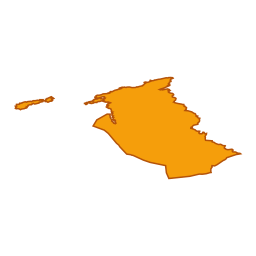 Agdenes nor, Sør-Trøndelag, Norway
{"feature_id": "86288312B44051007085093", "entity_name": "Agdenes nor", "entity_type": "district", "adm_level": 2, "iso_a3": "NOR", "parent_name": "Norway", "parent_adm1": "Sør-Trøndelag", "projection": "equal_earth", "projection_center": [9.612, 63.516], "detail": "fine", "context": "isolated", "style": "filled", "palette": "amber", "viewbox_px": 256, "rotation_deg": 0, "n_neighbors": 0, "source": "geoboundaries", "source_scale": "gbopen_adm2", "svg_char_len": 5766}
<svg xmlns="http://www.w3.org/2000/svg" viewBox="0 0 256 256"><path d="M240.6,153.8L240.1,153.4L238.7,153.2L237.1,153.2L236.9,153.0L237.1,152.8L235.6,152.0L232.8,151.9L232.2,151.0L232.6,150.8L233.1,150.1L232.0,149.2L227.9,149.7L226.0,149.3L225.4,148.6L224.8,148.5L224.3,148.1L224.4,147.4L225.3,145.8L225.2,145.7L223.1,145.6L220.7,144.3L218.4,144.5L215.5,143.4L214.0,142.3L212.1,141.8L212.2,140.8L205.6,140.3L205.4,139.8L205.2,138.4L205.4,137.6L205.0,136.5L206.5,134.1L206.5,133.6L206.1,133.9L204.8,133.7L204.4,132.6L204.7,132.5L203.7,132.5L203.2,132.2L202.8,132.3L202.5,132.9L202.8,133.2L202.5,133.5L201.4,133.8L199.7,133.7L198.8,132.9L198.9,132.4L199.4,132.1L199.2,131.8L199.3,131.3L199.8,131.3L199.9,131.6L199.9,131.3L199.0,131.1L197.8,131.3L196.3,130.9L195.1,129.8L192.7,128.9L192.5,128.6L193.0,128.0L191.8,128.5L191.2,127.8L191.1,128.3L190.8,128.3L190.9,127.6L192.1,127.0L192.0,126.8L192.6,126.1L193.7,125.2L197.8,124.3L198.0,124.0L197.7,123.4L197.8,123.0L199.0,122.0L199.5,121.2L199.6,120.0L199.3,119.2L199.8,118.3L198.1,117.9L197.6,117.3L197.7,116.8L196.2,116.4L196.2,115.9L196.5,115.8L196.1,115.7L195.5,114.0L194.9,113.5L194.2,113.5L191.8,111.9L188.0,110.8L185.0,110.5L186.1,109.4L185.8,109.1L186.6,107.9L186.3,107.4L184.6,106.5L184.9,106.5L184.9,106.3L184.3,106.3L184.4,106.0L184.1,105.7L183.8,104.5L182.4,104.5L181.9,104.2L177.9,103.5L174.7,102.7L174.3,102.4L174.3,101.9L173.7,101.9L174.6,100.7L175.6,100.0L176.0,98.4L174.9,97.7L172.4,97.0L172.2,95.9L173.6,95.0L173.7,94.6L173.3,94.0L172.4,93.4L170.8,93.2L168.9,92.5L168.3,91.9L169.9,90.7L168.4,90.3L169.2,89.5L167.6,88.9L162.3,89.9L161.4,89.5L160.4,89.9L159.9,89.7L161.5,89.4L160.4,89.6L160.0,89.3L160.7,89.0L163.4,88.2L169.2,85.7L168.7,85.5L169.3,85.4L169.3,85.2L169.2,85.4L168.8,85.3L169.3,85.1L169.7,84.4L168.5,84.3L168.3,83.9L169.2,83.1L169.4,82.2L171.0,81.5L171.0,81.2L170.3,80.6L170.7,80.1L170.4,79.7L170.7,79.2L173.1,78.2L172.7,77.7L170.7,77.5L168.4,77.6L168.0,77.9L166.1,77.8L159.9,79.2L158.5,79.3L154.9,80.1L153.9,80.0L154.4,80.3L152.9,80.7L151.0,80.8L150.7,80.3L149.9,80.3L150.1,80.4L149.5,80.5L150.8,80.9L150.9,81.2L148.0,82.3L146.8,82.3L145.8,82.0L144.3,82.3L144.2,82.5L144.7,82.7L146.2,82.7L144.0,84.3L143.6,85.0L142.5,85.4L142.5,85.8L139.1,86.5L137.8,87.0L136.5,87.1L137.4,86.9L137.0,86.8L135.4,87.5L132.0,87.6L129.5,87.0L126.9,87.1L126.1,87.5L124.4,87.1L124.2,87.3L122.4,87.2L122.0,87.3L122.2,87.6L121.5,87.7L121.3,87.5L121.8,87.3L121.3,87.4L121.2,87.6L119.5,88.0L119.7,88.8L119.3,89.1L120.0,88.7L120.3,88.8L119.3,89.1L119.8,89.2L118.6,89.0L117.7,89.6L114.8,90.3L111.9,91.8L111.1,91.5L110.3,91.6L110.1,91.9L110.7,92.0L109.8,92.6L110.2,92.6L110.1,92.8L109.6,93.0L109.0,92.7L108.5,93.1L109.5,93.0L109.4,93.2L108.2,93.4L108.2,93.2L107.8,93.1L107.0,93.6L103.0,93.9L101.4,94.7L99.3,95.2L97.2,95.2L96.1,95.8L96.4,96.2L95.9,96.8L94.3,97.2L95.8,97.5L95.6,97.9L98.2,98.1L102.6,96.8L104.3,96.7L104.5,96.9L104.2,97.1L104.5,97.3L104.1,98.0L105.2,98.2L104.7,98.8L103.5,99.5L102.2,98.8L100.6,98.6L100.3,98.2L99.7,98.1L98.3,98.1L98.0,98.6L96.0,98.5L98.0,98.8L94.2,99.4L93.3,100.1L93.7,100.3L93.3,100.9L88.6,101.9L88.1,102.3L86.4,102.5L86.0,102.9L83.9,103.5L85.8,103.8L86.0,104.2L85.1,104.4L86.1,104.5L86.8,104.3L87.0,103.7L87.4,103.6L87.4,103.1L87.7,102.9L89.7,102.8L89.3,102.7L89.7,102.6L90.0,102.7L90.1,103.3L91.9,103.5L92.5,103.1L93.2,103.1L93.3,102.7L93.8,102.9L94.2,102.6L93.8,102.9L93.4,102.7L93.8,102.4L96.8,102.5L96.9,102.2L98.1,101.6L99.8,101.5L101.6,100.9L103.4,100.7L104.2,100.8L104.6,101.2L103.7,101.5L105.4,102.1L108.4,102.1L108.2,103.0L109.9,102.5L110.5,102.8L108.0,103.9L107.0,104.7L106.9,105.2L108.1,105.4L107.4,105.9L107.8,106.2L106.4,107.0L107.5,107.8L108.6,108.1L108.7,108.4L109.9,108.5L111.1,109.2L111.0,109.8L111.6,110.6L111.3,111.4L111.9,112.0L112.5,112.1L111.6,112.7L111.6,113.0L113.0,113.5L112.3,113.6L112.6,113.8L112.3,114.0L111.9,114.7L112.1,114.9L111.9,115.1L112.8,115.6L112.6,116.1L113.3,116.2L112.4,117.3L113.6,117.7L113.1,118.2L113.1,119.4L114.7,120.0L114.0,120.6L115.4,120.7L115.5,121.0L115.0,121.3L115.1,122.1L116.0,123.1L115.4,123.7L113.6,123.2L113.4,122.6L112.3,121.6L112.3,121.1L111.7,121.0L111.9,119.6L110.9,118.8L110.1,117.1L110.2,116.6L109.8,115.3L110.2,114.8L110.0,114.2L107.1,114.1L96.8,119.9L93.1,126.0L104.2,130.1L108.3,133.4L116.5,143.2L118.8,145.1L119.8,146.8L126.7,154.1L130.8,154.7L131.5,155.1L133.1,155.4L143.4,160.1L150.1,162.4L165.6,165.6L166.4,172.8L168.9,178.5L189.8,176.3L199.2,174.1L202.3,174.2L206.3,173.7L210.4,172.5L211.0,172.6L211.2,172.4L210.7,171.2L210.9,170.1L210.8,169.0L212.1,167.0L211.8,166.6L212.0,165.6L214.7,165.9L217.2,164.6L223.2,160.5L224.8,159.8L226.2,158.7L226.7,157.7L236.0,154.6L240.6,153.8ZM42.7,99.7L41.2,99.7L41.6,100.0L39.6,99.9L39.3,100.1L39.7,100.2L39.6,100.5L37.5,100.2L35.2,100.7L33.1,100.7L31.5,101.6L30.8,101.3L28.4,101.5L27.2,101.7L26.7,102.2L25.5,101.8L24.3,102.0L21.9,102.8L21.8,103.2L20.0,103.2L20.1,103.5L19.5,103.6L19.5,104.0L19.2,104.3L15.8,104.4L16.5,104.6L16.6,105.1L16.4,105.7L16.6,106.0L16.0,106.1L16.3,106.3L15.5,106.8L16.1,107.5L15.4,108.3L16.2,108.8L17.3,108.6L19.2,108.9L20.5,109.7L21.5,109.1L24.6,108.6L24.4,108.6L25.2,108.2L26.3,108.2L26.2,108.2L26.9,107.7L26.5,107.3L26.5,107.5L26.0,107.5L26.1,107.1L27.8,106.4L27.7,106.0L28.2,105.6L28.1,105.3L29.6,104.8L31.5,104.7L32.2,104.1L32.2,103.7L32.9,103.5L33.5,103.4L34.3,104.0L35.5,103.9L39.0,103.0L39.0,102.7L40.1,102.2L41.5,101.9L41.3,101.7L41.9,101.3L42.8,101.6L43.0,101.3L42.9,100.8L44.8,100.8L42.6,100.7L42.2,100.1L42.7,99.7ZM52.0,97.2L51.4,96.7L51.0,96.8L47.8,98.3L48.1,98.4L47.1,98.5L47.1,98.8L45.8,99.3L46.0,99.9L45.9,100.5L44.9,100.8L45.3,101.6L46.8,101.6L47.8,102.2L48.7,102.0L49.7,101.3L51.8,101.1L52.4,100.5L51.5,100.1L51.6,99.7L53.8,98.5L52.9,97.8L51.5,98.3L51.0,98.1L51.0,97.8L52.0,97.2Z" fill="#f59e0b" stroke="#b45309" stroke-width="1.5"/></svg>